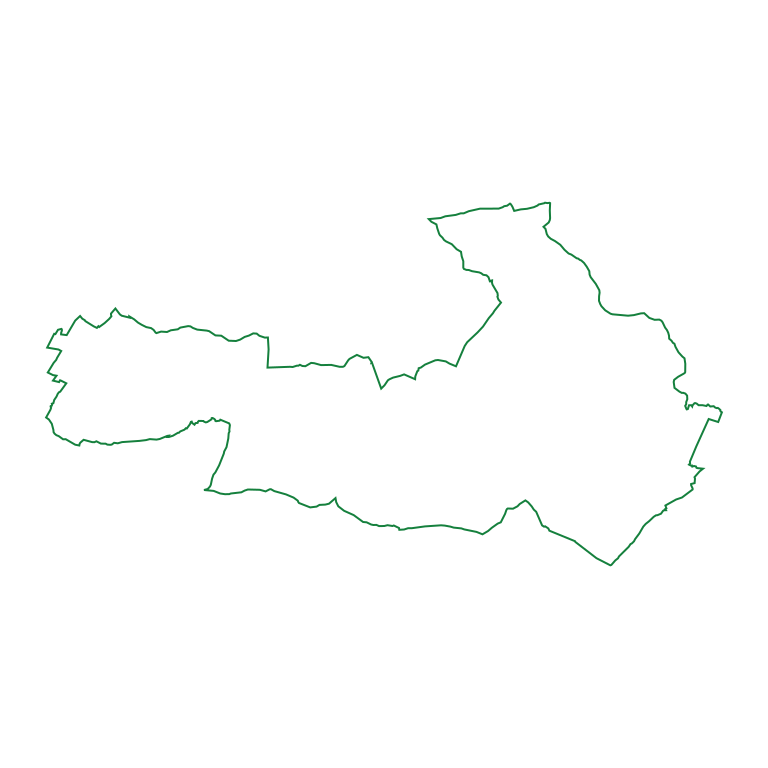 outline of Borascu, Gorj, Romania
{"feature_id": "2599482B74133650758011", "entity_name": "Borascu", "entity_type": "district", "adm_level": 2, "iso_a3": "ROU", "parent_name": "Romania", "parent_adm1": "Gorj", "projection": "albers", "projection_center": [23.247, 44.703], "detail": "fine", "context": "isolated", "style": "outline", "palette": "green", "viewbox_px": 768, "rotation_deg": 0, "n_neighbors": 0, "source": "geoboundaries", "source_scale": "gbopen_adm2", "svg_char_len": 6052}
<svg xmlns="http://www.w3.org/2000/svg" viewBox="0 0 768 768"><path d="M363.1,522.0L366.6,522.3L371.1,524.5L373.3,525.0L376.4,524.9L379.1,526.1L384.3,526.0L387.5,525.2L392.5,526.0L393.8,525.5L399.0,528.0L399.3,529.8L404.1,529.5L408.1,528.2L411.8,528.2L425.0,526.4L441.1,525.3L444.8,525.6L450.3,526.6L453.7,527.6L461.4,528.4L464.2,529.4L476.5,531.9L482.5,534.3L488.1,531.0L491.8,527.8L497.7,523.6L500.8,522.3L505.1,513.8L506.3,510.2L507.0,509.0L507.8,508.5L513.0,508.7L517.5,506.3L519.7,504.0L525.4,500.4L528.2,502.4L531.7,506.4L533.8,509.6L536.2,511.8L542.1,525.4L544.1,526.7L545.1,526.3L548.3,528.4L549.4,530.7L575.0,541.2L575.3,541.9L596.5,558.2L610.3,565.3L611.4,564.9L615.3,560.4L618.0,558.3L619.0,556.4L628.7,546.8L630.5,544.1L631.9,543.4L634.0,541.3L635.1,539.1L639.3,533.5L643.3,526.6L645.7,523.9L649.1,521.2L653.7,516.8L656.0,515.3L657.4,515.2L661.0,513.7L663.0,510.9L663.8,510.3L665.9,510.2L665.2,509.1L666.4,508.4L665.4,505.5L676.1,499.5L682.0,497.5L692.6,489.5L692.6,488.4L691.1,485.2L691.1,484.0L694.6,483.1L695.0,478.6L694.5,477.2L699.5,471.5L703.0,468.7L697.4,468.1L696.5,467.8L696.0,466.5L694.0,466.0L692.3,466.6L691.9,465.5L691.2,465.7L689.0,464.6L690.1,463.4L689.9,461.7L696.3,446.4L708.7,419.0L718.2,422.0L721.9,412.3L720.8,411.6L720.3,410.8L720.4,410.1L719.2,408.9L717.8,407.9L716.6,408.1L715.1,407.5L713.7,406.2L710.3,406.5L708.1,404.5L707.6,404.6L706.5,406.0L702.5,405.2L698.6,405.2L696.7,403.6L695.3,403.1L694.5,403.2L692.5,405.4L692.2,406.5L691.3,405.2L689.0,405.3L687.9,409.0L686.8,409.4L686.4,408.9L685.2,405.9L686.2,404.2L686.2,402.1L687.3,399.2L687.1,395.6L685.4,393.6L683.2,392.8L681.8,392.9L679.4,391.6L674.5,387.9L673.7,382.0L674.2,379.8L678.1,376.8L683.8,373.6L684.8,372.9L685.2,372.1L685.3,363.8L684.5,358.3L682.4,356.6L678.5,352.3L675.5,346.9L674.4,343.7L672.9,342.8L671.5,340.7L669.2,338.7L669.0,335.6L668.2,332.7L666.9,330.0L665.1,327.6L662.6,322.3L661.4,320.7L659.3,319.6L654.6,319.8L649.3,317.9L644.2,313.2L640.9,313.4L633.9,315.1L628.1,315.7L612.5,314.3L610.5,313.7L605.2,310.3L601.5,306.3L600.2,304.0L599.0,300.8L599.1,296.1L599.6,292.7L599.3,290.2L595.8,283.9L590.7,277.2L589.6,274.6L589.3,271.2L586.8,266.8L584.0,262.9L581.2,260.4L580.0,260.0L578.0,258.5L576.7,258.3L571.4,254.6L568.6,253.5L564.5,249.8L560.3,244.8L554.9,241.0L550.8,238.8L548.2,236.5L546.8,234.1L545.5,228.9L543.5,226.8L548.7,222.5L549.8,220.1L550.1,218.1L549.8,210.5L550.1,203.7L550.1,203.1L549.6,202.8L547.4,203.1L545.0,202.7L544.3,203.2L538.6,204.5L537.6,205.5L533.8,207.2L527.0,208.8L520.7,209.4L514.2,210.9L512.4,206.7L510.9,204.3L510.0,203.6L507.1,205.7L504.2,206.2L502.7,207.2L498.7,208.6L479.9,208.7L468.8,211.2L463.8,213.3L460.8,213.3L455.8,214.9L445.3,216.3L440.7,218.0L428.8,219.1L431.4,221.8L436.4,224.4L437.3,228.3L439.1,233.7L439.9,235.2L442.5,237.7L444.0,239.9L446.0,241.4L451.8,244.2L456.6,249.2L461.0,251.8L461.7,256.3L463.3,261.2L463.3,267.7L463.9,268.9L466.4,269.9L468.8,270.0L472.1,271.2L479.2,272.4L481.3,273.3L483.2,274.8L486.5,275.3L488.5,277.2L489.9,281.4L490.9,281.3L491.3,280.6L492.1,280.4L492.0,282.7L492.5,284.6L497.5,293.1L497.8,295.9L497.4,296.7L498.4,299.5L501.0,302.6L494.5,310.7L492.9,313.3L488.8,318.1L483.0,326.6L477.6,332.4L467.2,342.2L464.7,346.0L456.0,366.3L449.5,363.6L445.8,361.4L438.0,360.0L435.3,360.3L425.0,364.6L420.8,367.6L418.7,368.2L418.3,370.6L417.3,371.2L415.3,376.4L415.1,379.2L404.1,374.4L400.1,375.9L393.1,377.6L389.4,379.3L387.9,380.3L384.5,385.3L381.2,388.6L371.9,362.5L371.5,362.7L371.7,362.0L368.4,357.2L363.5,357.8L356.9,354.9L349.5,358.9L348.2,360.3L344.4,366.1L342.9,366.8L339.6,366.8L331.2,364.9L321.1,365.1L314.2,363.2L311.1,362.9L305.4,366.2L302.4,366.0L299.9,364.8L298.4,365.7L296.8,365.7L292.7,367.0L290.0,366.8L267.5,367.6L268.6,349.4L267.9,337.5L264.8,337.6L259.4,335.8L256.7,333.6L253.2,333.4L248.9,335.6L244.7,336.9L240.2,339.6L236.0,341.0L228.7,340.7L221.3,335.7L215.4,335.4L209.2,331.2L206.8,330.6L197.2,329.6L192.8,327.9L190.5,326.4L188.2,326.1L180.3,327.6L177.8,329.3L170.8,330.3L167.0,332.0L161.1,331.6L156.4,333.1L155.6,332.6L153.6,329.9L151.1,328.1L146.3,327.1L141.7,324.8L138.0,322.6L134.1,319.3L129.5,316.5L129.8,317.7L121.7,315.7L119.9,314.4L115.4,308.5L111.0,313.6L111.0,314.8L111.4,316.3L109.1,319.0L104.6,323.1L99.2,327.0L98.4,326.2L96.9,327.9L93.8,326.4L85.3,321.1L84.8,320.2L82.3,318.7L80.1,316.0L75.2,320.6L66.7,335.1L61.1,334.4L61.1,333.0L61.9,330.6L61.8,329.3L61.4,328.9L58.0,329.8L55.4,334.1L54.2,333.8L47.2,347.6L58.5,349.5L61.2,351.0L57.1,357.8L56.2,359.9L53.7,362.8L47.8,372.5L53.0,375.1L56.5,375.7L53.0,380.6L59.1,382.1L60.0,380.3L60.5,380.4L66.3,383.3L60.2,391.7L58.9,392.3L57.7,393.9L56.5,396.6L54.2,400.0L53.4,403.1L51.9,403.7L52.2,404.4L51.7,405.8L50.7,406.1L50.6,406.7L51.1,407.8L50.4,409.8L46.1,417.5L48.9,419.5L51.8,423.8L53.4,429.9L53.6,432.2L54.6,433.7L56.4,435.2L58.7,436.1L63.1,439.3L65.7,439.2L75.2,444.7L79.3,445.5L79.7,443.6L80.4,442.6L83.6,439.8L92.1,442.1L94.4,442.2L96.4,441.3L100.9,443.6L105.7,443.7L107.3,444.6L110.2,444.8L111.7,444.6L114.1,442.8L117.8,443.3L122.0,442.1L139.4,440.9L146.0,440.1L149.8,439.1L156.5,439.6L159.7,439.0L167.3,435.9L168.6,435.7L167.6,437.0L168.9,437.0L173.0,435.7L177.9,432.8L178.8,432.8L180.3,431.4L184.4,429.7L185.9,428.2L186.8,428.5L189.9,424.3L190.9,421.9L191.7,421.6L192.3,423.1L194.5,424.7L195.5,423.1L197.6,422.9L198.0,421.7L198.8,420.9L203.4,421.0L204.1,421.7L205.8,422.4L207.3,422.0L211.4,419.4L211.7,418.1L212.6,418.0L214.4,419.0L215.2,419.9L215.4,420.9L216.0,421.2L219.6,420.7L220.3,419.7L229.2,423.4L229.9,425.1L229.3,429.8L229.5,431.5L228.7,433.2L228.3,438.5L226.5,447.2L224.2,451.5L223.8,453.6L219.1,465.4L215.3,472.5L213.5,474.6L212.1,478.6L210.8,484.8L210.0,486.5L207.7,489.0L204.0,490.0L213.7,490.9L220.2,493.5L225.0,494.2L229.3,494.1L230.8,493.5L241.4,492.3L244.6,490.6L247.9,489.5L259.9,489.8L265.6,491.4L269.7,489.3L270.9,489.2L274.3,491.1L286.0,494.4L293.6,497.6L297.8,500.7L298.2,501.9L299.0,503.0L310.2,507.4L316.6,506.6L319.5,504.9L325.3,504.6L329.0,503.7L335.5,498.1L336.2,502.1L338.3,506.3L344.1,510.8L353.7,515.1L363.1,522.0Z" fill="none" stroke="#15803d" stroke-width="2"/></svg>